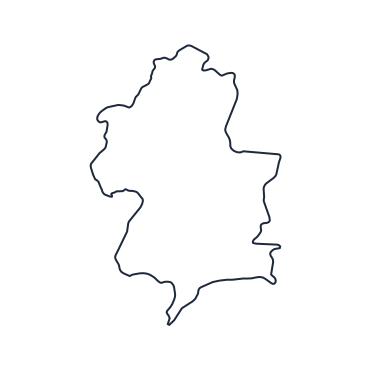 the Municipality of Beijing, rotated 128°
{"feature_id": "CHN-1155", "entity_name": "Beijing", "entity_type": "Municipality", "adm_level": 1, "iso_a3": "CHN", "parent_name": "China", "parent_adm1": "", "projection": "albers", "projection_center": [116.383, 40.244], "detail": "fine", "context": "isolated", "style": "outline", "palette": "slate", "viewbox_px": 384, "rotation_deg": 128, "n_neighbors": 0, "source": "natural_earth", "source_scale": "10m", "svg_char_len": 4546}
<svg xmlns="http://www.w3.org/2000/svg" viewBox="0 0 384 384"><g transform="rotate(128 192 192)"><path d="M296.6,189.4L298.1,195.3L298.4,197.9L298.3,198.9L298.0,199.9L297.5,201.0L297.0,201.8L294.8,204.3L294.5,204.8L294.0,205.8L292.6,209.5L292.0,210.7L291.5,211.6L291.0,212.1L290.4,212.6L288.9,213.3L283.2,214.4L263.1,218.8L256.2,222.8L255.1,223.2L254.2,223.5L235.9,223.2L231.9,224.0L229.5,225.1L228.5,225.9L227.8,226.9L227.5,228.8L226.3,233.2L226.2,234.1L226.1,235.0L226.2,235.9L226.7,237.4L227.7,239.4L229.8,242.4L230.2,243.5L230.5,245.5L230.8,246.1L231.5,246.4L233.2,246.8L233.9,247.1L234.5,247.6L235.4,248.9L236.4,249.9L237.6,251.4L237.9,251.8L238.5,252.1L240.0,252.7L240.7,253.1L241.8,254.1L242.4,254.3L243.4,254.3L243.8,253.4L244.5,252.4L245.0,252.3L245.4,252.7L245.8,253.3L246.1,254.0L247.6,258.7L247.7,259.8L247.5,261.1L246.9,262.9L245.9,264.2L245.0,265.8L244.9,266.2L242.1,271.0L241.6,271.9L241.5,272.5L241.3,274.2L241.4,275.0L241.6,276.1L239.3,280.5L235.3,286.3L234.2,287.6L233.7,288.0L232.1,288.9L218.4,288.8L212.7,287.6L211.2,287.5L210.0,287.6L205.4,289.7L204.7,290.2L204.0,291.0L203.7,291.5L203.4,292.1L203.0,294.3L202.3,295.1L201.1,295.9L197.1,296.5L191.4,299.6L190.3,300.4L189.6,301.2L189.3,302.0L189.2,302.8L189.4,303.6L189.7,304.1L189.9,304.3L190.1,304.4L193.0,306.5L193.5,307.0L193.8,307.7L193.9,308.6L193.8,309.5L193.6,310.4L193.1,311.4L191.8,312.4L190.2,313.1L187.5,313.4L184.7,313.2L178.8,311.5L176.7,310.3L168.7,303.6L165.9,299.0L164.2,293.6L163.1,293.1L162.4,292.7L161.3,292.5L158.4,292.7L152.4,294.7L151.6,294.8L148.9,294.4L148.0,294.4L141.7,295.8L140.8,295.8L139.7,295.6L134.7,293.3L133.3,292.9L132.5,292.9L131.7,293.1L130.2,293.6L128.0,293.9L127.6,294.1L127.1,294.5L126.2,295.5L125.8,295.7L125.3,295.9L124.6,296.0L123.1,296.5L121.0,297.5L120.2,297.6L117.3,297.6L116.6,297.8L116.0,298.2L115.5,298.8L114.3,301.0L113.9,301.6L113.3,302.1L112.7,302.5L112.0,302.7L111.2,302.8L110.3,302.5L109.3,301.8L107.0,299.3L105.6,298.2L104.2,297.4L103.3,296.6L102.9,295.9L102.4,294.8L101.9,292.4L101.7,291.5L101.2,290.7L100.1,289.7L99.2,289.2L95.3,288.4L94.4,288.4L93.5,288.5L91.3,289.4L90.6,289.6L89.6,289.5L87.8,289.1L80.4,286.2L79.6,285.8L78.8,285.1L78.3,284.4L77.8,283.7L77.3,282.2L74.4,266.2L74.3,265.9L74.2,265.3L74.4,264.5L74.9,263.1L75.4,262.2L76.0,261.6L77.4,261.0L78.1,260.8L78.9,260.8L81.6,261.5L83.2,261.7L85.0,261.3L89.1,259.5L89.4,258.6L89.0,257.5L87.5,255.9L83.1,252.8L82.4,251.2L82.0,249.9L82.0,248.8L82.4,242.2L82.4,241.6L82.3,241.1L82.1,240.5L81.6,239.9L76.7,237.1L73.6,234.0L73.2,233.1L73.1,232.6L73.0,232.0L73.1,231.3L73.4,230.5L74.1,229.7L76.0,228.6L76.5,228.3L77.2,228.1L78.5,227.4L79.7,226.4L80.4,225.6L83.7,219.3L84.4,218.5L85.5,217.4L87.5,215.9L91.2,213.9L119.2,205.7L122.2,204.4L123.3,203.3L124.3,201.7L126.4,196.5L127.7,194.3L129.2,192.6L132.5,189.8L133.6,187.7L133.8,184.4L133.1,181.6L132.1,179.7L131.0,178.3L130.1,177.6L128.3,176.6L128.1,176.3L109.1,147.1L108.8,146.3L108.8,145.5L109.1,144.6L109.8,143.8L111.5,143.0L115.0,141.8L126.0,136.5L127.5,136.1L128.4,136.1L130.5,136.3L139.7,138.8L141.1,138.9L143.4,138.5L144.9,137.9L145.9,137.1L151.6,132.0L154.1,130.6L154.9,129.9L155.3,129.4L164.2,115.5L166.3,113.3L167.4,113.0L168.4,113.0L169.1,113.3L169.8,113.7L170.4,114.2L172.5,116.3L173.1,116.7L173.8,117.1L174.6,117.3L175.5,117.3L176.3,117.0L177.1,116.5L177.9,115.8L179.0,114.5L179.6,114.0L180.2,113.6L180.9,113.3L183.5,113.0L187.2,113.0L190.8,113.8L191.9,113.9L193.1,113.7L194.0,113.2L194.5,112.6L194.1,111.3L193.0,109.3L181.2,92.7L180.4,91.0L180.5,89.6L180.6,89.0L182.2,88.3L186.2,91.9L188.2,92.6L190.6,93.0L192.4,92.5L193.3,91.5L193.8,90.7L194.9,87.7L195.6,86.4L197.3,84.9L208.1,79.0L208.4,78.4L208.5,77.7L208.6,74.6L209.0,73.2L210.0,71.7L211.0,71.0L212.0,70.6L212.8,70.6L213.9,70.9L214.6,71.7L215.0,73.1L215.3,80.5L215.6,83.0L215.8,83.4L216.5,85.0L216.8,85.6L217.7,86.8L219.8,88.9L223.3,91.8L227.1,96.3L227.9,97.5L228.4,98.1L236.2,106.1L239.4,110.2L244.6,115.5L250.2,120.2L261.6,126.3L263.3,126.8L265.0,126.6L266.4,125.9L268.3,124.7L273.9,123.7L274.9,123.7L277.8,124.2L289.8,128.4L304.1,127.1L310.7,128.1L311.0,129.7L305.2,131.9L304.4,133.3L303.6,134.9L303.3,136.4L302.3,138.0L300.9,138.4L296.3,138.2L292.7,138.5L287.5,139.9L284.9,141.0L283.0,142.3L277.8,147.8L276.9,149.4L276.4,151.1L276.2,152.3L276.2,152.9L276.3,153.4L276.7,154.3L277.7,156.0L279.2,157.8L280.8,159.1L281.9,159.8L282.6,160.4L282.8,161.0L283.1,162.2L283.1,164.2L282.6,169.0L282.7,170.2L283.0,173.6L283.4,175.2L284.2,177.4L285.7,180.0L286.6,181.2L288.6,183.4L293.6,187.9L296.6,189.4Z" fill="none" stroke="#1e293b" stroke-width="2"/></g></svg>